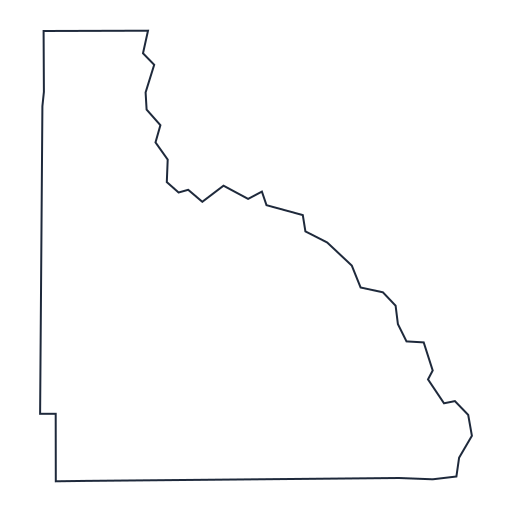 the district of Lafayette, Florida, United States of America
{"feature_id": "52423323B3691200212151", "entity_name": "Lafayette", "entity_type": "district", "adm_level": 2, "iso_a3": "USA", "parent_name": "United States of America", "parent_adm1": "Florida", "projection": "robinson", "projection_center": [-83.115, 30.041], "detail": "fine", "context": "isolated", "style": "outline", "palette": "slate", "viewbox_px": 512, "rotation_deg": 0, "n_neighbors": 0, "source": "geoboundaries", "source_scale": "gbopen_adm2", "svg_char_len": 641}
<svg xmlns="http://www.w3.org/2000/svg" viewBox="0 0 512 512"><path d="M148.0,30.7L43.6,31.0L43.9,91.9L42.4,106.2L40.1,413.8L55.7,413.8L55.8,481.3L85.4,480.9L399.0,478.0L432.7,479.3L456.4,476.5L459.1,457.7L471.9,435.8L468.2,414.9L454.9,401.1L444.0,403.3L428.0,379.4L432.7,370.5L423.7,342.4L406.5,341.4L397.9,324.1L395.6,305.7L382.9,292.3L360.6,287.5L351.8,265.6L327.2,242.5L305.4,231.4L302.8,215.1L266.5,205.2L261.9,191.6L248.1,198.9L223.5,185.7L202.3,201.8L188.2,189.8L178.6,192.5L166.8,182.1L167.7,159.6L155.5,142.4L160.4,125.2L146.6,109.6L145.6,92.4L154.2,64.8L143.0,53.3L148.0,30.7Z" fill="none" stroke="#1e293b" stroke-width="2"/></svg>